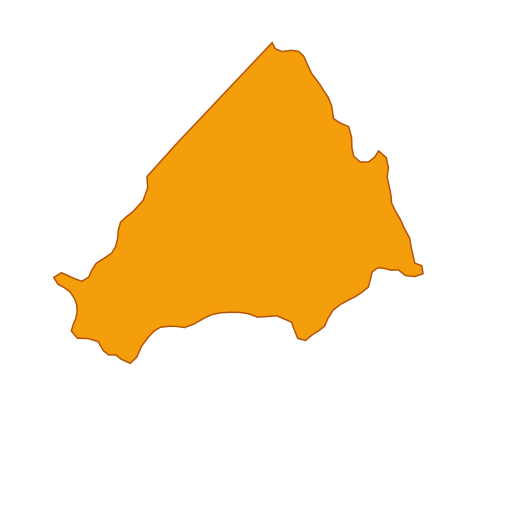 the district of São João do Manteninha, Minas Gerais, Brazil, rotated 132°
{"feature_id": "56859067B59814969540954", "entity_name": "São João do Manteninha", "entity_type": "district", "adm_level": 2, "iso_a3": "BRA", "parent_name": "Brazil", "parent_adm1": "Minas Gerais", "projection": "orthographic", "projection_center": [-41.155, -18.739], "detail": "fine", "context": "isolated", "style": "filled", "palette": "amber", "viewbox_px": 512, "rotation_deg": 132, "n_neighbors": 0, "source": "geoboundaries", "source_scale": "gbopen_adm2", "svg_char_len": 1559}
<svg xmlns="http://www.w3.org/2000/svg" viewBox="0 0 512 512"><g transform="rotate(132 256 256)"><path d="M86.6,386.8L226.7,390.2L246.6,390.2L269.9,390.2L277.8,382.1L290.1,377.1L298.9,377.1L305.4,377.1L313.3,378.6L321.6,379.3L329.2,375.4L335.9,370.3L342.8,366.7L350.3,365.2L359.6,367.4L368.2,369.9L376.7,368.5L383.6,366.2L391.4,368.5L394.6,376.8L398.6,389.4L407.3,392.0L409.5,384.4L407.9,377.8L407.1,370.3L409.0,362.6L412.1,356.8L417.2,351.5L422.9,348.2L429.2,346.0L435.3,343.1L436.6,333.7L429.6,325.4L425.3,316.1L428.5,306.2L428.1,299.3L423.3,293.9L422.9,287.0L419.9,277.6L411.0,276.9L399.4,280.8L388.1,281.7L379.8,281.5L373.0,279.4L366.1,273.3L361.4,267.8L356.9,261.1L347.4,256.3L337.0,253.0L328.8,249.4L322.0,244.4L315.1,237.5L309.2,230.9L304.1,223.3L300.4,214.0L293.4,207.1L286.6,200.6L283.8,192.5L281.4,185.1L285.7,177.3L289.3,169.8L285.7,162.7L276.6,161.4L269.5,159.3L262.3,158.1L254.2,160.8L244.4,162.5L235.2,160.7L227.1,157.9L219.7,155.0L213.1,153.2L204.1,151.7L196.9,155.3L190.1,159.0L183.2,157.6L179.4,152.4L176.3,146.3L171.1,141.0L170.5,131.8L165.0,124.2L157.4,120.0L152.3,126.3L155.0,133.2L151.0,139.0L146.4,145.6L139.9,153.8L136.3,164.1L132.4,172.7L129.1,183.1L125.9,190.7L120.1,196.9L114.3,204.8L109.5,211.5L102.0,216.4L95.7,225.1L95.9,235.3L102.9,233.9L110.9,235.3L116.4,241.5L116.4,250.2L111.2,257.4L104.0,264.2L97.9,273.6L100.9,282.7L102.0,290.3L93.7,300.4L89.7,308.7L88.0,315.9L85.9,322.8L83.1,336.9L79.1,346.4L75.6,354.0L75.4,361.2L79.8,367.7L86.7,373.4L89.1,380.4L86.6,386.8Z" fill="#f59e0b" stroke="#b45309" stroke-width="1.5"/></g></svg>